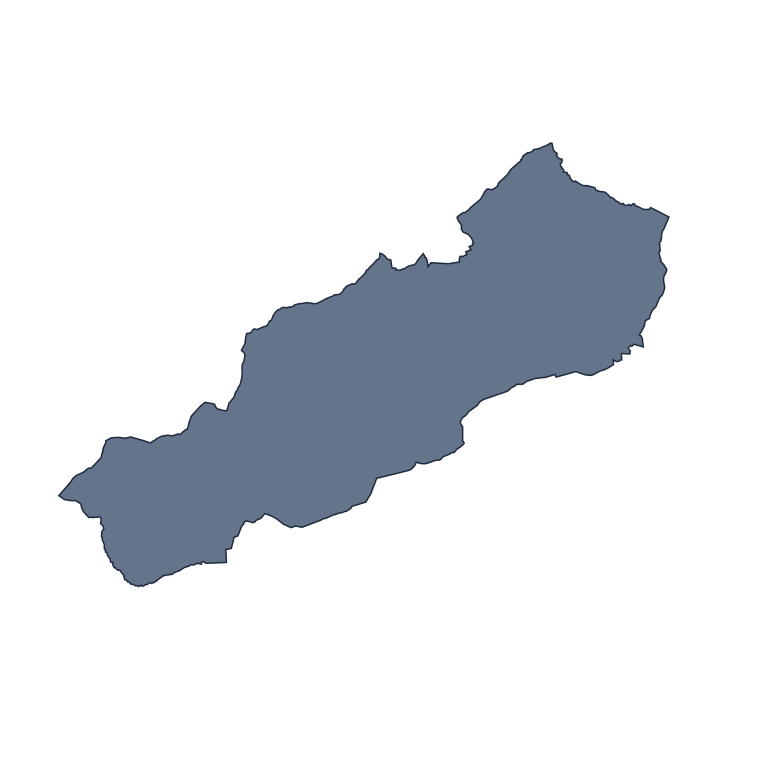 outline of Rodna, Bistrita-Nasaud, Romania, rotated 234°
{"feature_id": "2599482B97945568100996", "entity_name": "Rodna", "entity_type": "district", "adm_level": 2, "iso_a3": "ROU", "parent_name": "Romania", "parent_adm1": "Bistrita-Nasaud", "projection": "albers", "projection_center": [24.848, 47.491], "detail": "fine", "context": "isolated", "style": "filled", "palette": "slate", "viewbox_px": 768, "rotation_deg": 234, "n_neighbors": 0, "source": "geoboundaries", "source_scale": "gbopen_adm2", "svg_char_len": 6081}
<svg xmlns="http://www.w3.org/2000/svg" viewBox="0 0 768 768"><g transform="rotate(234 384 384)"><path d="M370.0,703.4L369.5,700.9L372.6,696.7L381.4,691.9L382.4,692.6L383.4,691.5L383.2,688.4L385.0,688.0L385.7,685.6L386.8,684.3L388.1,683.4L388.9,683.8L389.7,683.5L390.0,681.5L392.4,680.9L396.4,679.1L398.2,679.0L401.0,677.9L401.7,677.0L407.6,676.1L409.3,675.4L410.8,674.2L411.8,672.7L413.6,671.4L413.7,670.5L415.0,670.5L416.3,669.3L418.5,669.9L419.4,669.6L425.1,664.9L427.4,661.8L430.2,660.2L435.8,658.1L435.9,656.5L436.9,655.9L441.1,655.6L443.7,656.6L445.0,655.5L445.8,655.5L446.2,656.1L447.7,656.3L450.0,653.7L451.3,655.2L454.1,654.9L455.1,655.4L456.1,655.0L457.6,655.2L458.0,655.5L458.5,657.2L459.6,659.1L461.3,660.2L462.3,659.0L464.3,657.8L466.5,657.8L467.8,658.0L468.0,659.0L468.9,659.5L472.1,658.5L474.4,658.9L480.1,661.4L481.0,660.3L481.5,655.2L482.5,652.0L483.4,647.4L485.8,642.7L484.9,640.6L486.1,636.6L486.7,636.3L486.8,630.6L484.9,627.5L485.0,626.5L484.0,625.6L484.1,623.1L482.9,612.3L481.0,607.5L480.1,601.9L479.7,596.8L479.0,594.2L477.5,592.4L477.2,590.2L477.6,585.9L478.1,584.7L479.7,583.8L480.9,582.5L481.0,581.1L480.6,579.2L476.7,570.7L475.9,558.1L475.2,555.0L475.1,550.0L476.1,548.8L476.3,546.1L476.0,541.1L472.1,540.0L468.1,540.2L466.1,539.3L464.0,537.7L461.6,537.3L460.2,537.4L455.4,540.2L450.4,540.5L445.7,539.4L445.7,538.2L444.3,537.5L444.7,534.6L445.2,534.0L445.0,533.5L441.5,533.4L442.9,527.9L440.1,527.2L440.8,522.4L442.0,521.7L442.5,520.6L441.1,518.6L438.4,516.7L443.5,506.7L454.5,493.3L453.1,488.6L458.5,491.5L460.9,492.1L462.2,492.0L462.5,491.4L463.5,492.1L466.4,492.4L464.3,483.9L463.1,481.8L462.7,478.6L464.6,474.2L465.2,471.6L465.2,468.6L466.2,466.4L466.4,464.6L468.9,460.8L470.3,461.6L471.7,460.8L472.5,459.2L474.0,459.0L480.3,462.4L482.9,460.2L487.3,459.9L490.4,458.9L492.2,457.6L489.0,454.9L488.1,452.5L488.7,451.3L487.6,446.7L486.7,440.3L486.1,438.6L486.4,436.8L484.7,433.8L483.6,427.1L483.7,425.7L482.1,420.2L482.1,418.7L483.4,417.7L484.2,415.6L485.0,411.8L484.9,409.9L484.4,408.5L484.6,407.9L483.3,405.4L482.9,403.8L482.7,400.5L485.3,396.3L485.3,393.6L486.7,389.1L488.6,376.8L490.4,374.2L492.8,372.1L493.2,371.1L494.8,370.1L497.4,364.8L498.5,363.3L500.5,358.5L500.3,355.2L502.2,352.1L502.5,350.8L505.4,347.2L505.8,345.3L505.6,343.8L506.4,341.6L505.9,338.5L504.5,334.5L501.9,330.7L502.1,328.0L500.7,325.7L500.2,323.6L500.2,322.2L501.1,320.2L502.7,313.1L504.4,312.0L504.8,311.3L504.9,309.7L503.9,307.1L504.8,303.5L505.5,303.1L505.5,302.4L502.8,299.3L498.4,295.3L495.0,288.4L491.7,289.1L489.5,288.9L485.3,284.7L482.6,280.2L476.7,276.1L473.0,273.0L468.4,267.7L467.1,264.5L465.4,261.7L464.4,258.6L462.2,256.1L461.2,253.8L459.5,247.1L456.5,243.7L455.0,240.9L456.3,239.1L461.8,234.6L465.0,234.3L466.8,235.0L468.2,234.4L474.4,228.4L474.0,222.6L471.3,209.4L467.4,203.6L464.0,199.8L463.1,198.0L463.7,196.2L463.4,195.0L463.5,193.2L462.9,189.8L464.6,188.0L466.2,182.8L470.0,178.4L472.2,174.0L473.4,168.6L473.2,165.5L473.7,162.4L473.5,160.4L478.3,157.1L490.1,147.9L492.2,142.8L497.0,137.7L500.8,131.6L501.6,125.5L500.4,124.9L496.9,118.8L494.3,116.5L493.6,115.0L490.7,112.0L488.0,97.8L489.2,96.3L489.7,94.5L489.3,89.0L490.9,81.3L490.5,76.8L489.0,73.3L484.8,55.3L478.3,57.6L472.9,63.0L471.3,65.7L465.7,68.1L463.8,67.8L462.4,66.9L457.7,65.8L449.6,66.7L448.8,67.6L448.3,69.3L446.9,70.0L446.4,71.5L444.9,73.4L444.3,75.1L442.7,76.2L441.9,76.2L439.3,74.6L438.6,73.4L437.5,72.6L435.3,73.1L431.9,72.6L431.2,71.2L431.2,70.5L429.7,68.0L428.7,67.8L427.0,65.9L425.1,65.7L424.3,64.9L422.4,64.2L418.7,63.5L414.8,60.7L413.6,61.2L411.9,59.9L410.8,60.6L406.9,59.5L403.0,59.4L400.8,58.2L399.9,58.5L399.4,59.6L398.8,59.6L396.9,58.2L393.9,57.8L393.2,58.8L391.5,58.7L389.7,59.3L388.8,60.6L387.5,61.0L386.1,60.7L382.6,61.1L381.5,60.5L380.4,60.5L379.2,59.5L377.9,59.3L376.7,60.5L374.7,60.2L374.2,61.0L373.4,61.3L370.7,61.6L369.7,63.1L366.6,64.4L365.9,65.9L364.2,66.5L364.2,68.9L362.6,69.5L361.9,70.9L362.0,72.4L360.9,75.0L361.3,77.4L359.1,78.9L359.2,80.6L358.4,81.4L358.7,83.4L358.2,84.1L358.7,85.6L358.5,87.7L358.7,90.1L358.4,91.0L358.9,92.6L358.0,93.6L357.5,95.3L356.1,97.7L355.5,99.3L354.5,100.6L354.7,102.6L354.4,103.6L354.7,104.3L353.2,108.2L352.9,114.6L351.3,119.1L351.3,121.6L349.4,123.7L348.7,127.7L347.7,128.0L347.4,129.2L345.8,130.1L345.6,130.5L347.2,131.8L346.5,133.6L343.8,134.4L332.2,151.6L343.1,158.8L340.7,163.8L348.1,172.6L347.0,176.5L352.5,185.1L353.1,187.9L354.4,189.5L354.2,192.1L349.0,196.5L348.2,197.9L348.9,200.3L347.7,205.5L349.2,211.5L342.7,215.7L337.6,218.1L330.1,220.1L322.4,224.4L321.1,229.0L316.3,233.4L311.0,252.7L310.5,256.2L309.6,257.7L307.8,266.7L307.0,267.6L306.2,271.3L304.6,274.3L304.2,276.4L303.1,279.0L302.9,284.0L303.9,286.1L299.2,299.8L303.0,308.9L312.0,322.6L299.5,353.4L299.0,355.5L299.8,360.6L301.7,364.1L297.7,367.3L295.2,370.6L294.0,373.8L292.2,380.3L290.0,383.9L289.6,385.7L290.0,387.2L290.6,388.3L288.7,395.8L288.8,397.6L287.4,400.9L288.4,404.3L288.2,408.6L288.7,413.4L289.4,414.3L291.7,414.2L303.4,422.6L307.0,422.5L309.0,424.2L310.6,427.7L310.5,430.7L311.1,434.3L311.8,435.8L311.9,447.2L313.3,450.9L313.0,455.3L305.8,479.0L305.6,481.9L306.2,484.0L305.6,487.4L305.5,491.5L304.7,492.9L303.2,494.5L302.8,495.9L302.1,496.6L302.4,500.3L299.7,509.4L294.2,519.2L291.1,528.1L289.1,527.3L288.5,527.3L288.1,528.1L281.3,546.5L273.2,552.1L269.2,556.6L268.4,559.3L267.6,566.1L266.0,570.4L265.2,575.0L264.8,581.0L268.8,583.7L265.6,585.1L264.3,587.3L264.4,589.5L263.8,590.5L268.8,593.7L268.8,594.4L263.8,600.5L265.8,602.6L269.4,602.7L269.9,603.5L269.9,605.9L269.6,606.0L269.9,606.5L268.8,607.2L269.4,609.5L261.6,615.5L269.0,619.7L271.8,620.2L273.8,619.5L274.9,622.6L277.5,627.8L278.5,629.4L281.3,632.0L281.4,634.3L281.0,637.3L284.1,641.0L285.9,644.6L286.7,649.3L291.9,658.0L292.4,661.4L295.1,665.6L297.1,667.8L304.1,671.4L306.5,673.7L309.1,678.8L310.8,679.8L310.7,680.2L316.3,680.5L320.8,679.9L321.2,680.7L328.5,683.5L329.7,685.5L329.5,685.9L333.4,687.9L334.7,689.2L335.5,689.1L336.3,690.0L337.3,692.7L338.7,693.7L339.4,694.7L342.1,696.7L344.4,699.8L344.8,701.4L351.6,712.7L370.0,703.4Z" fill="#64748b" stroke="#1e293b" stroke-width="1.5"/></g></svg>